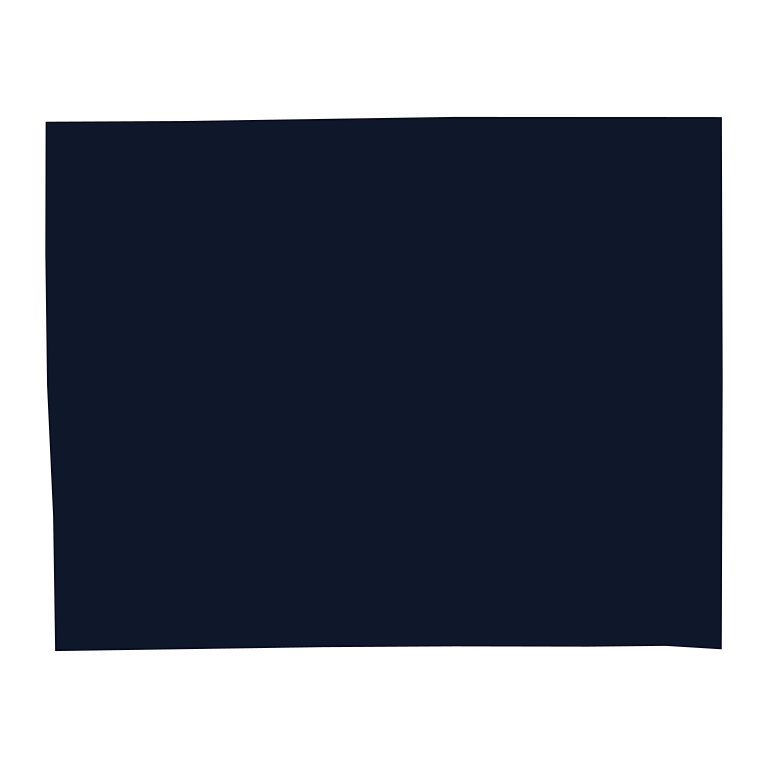 outline of Jackson, Michigan, United States of America
{"feature_id": "52423323B91147156706901", "entity_name": "Jackson", "entity_type": "district", "adm_level": 2, "iso_a3": "USA", "parent_name": "United States of America", "parent_adm1": "Michigan", "projection": "equal_earth", "projection_center": [-84.434, 42.248], "detail": "fine", "context": "isolated", "style": "filled", "palette": "ink", "viewbox_px": 768, "rotation_deg": 0, "n_neighbors": 0, "source": "geoboundaries", "source_scale": "gbopen_adm2", "svg_char_len": 319}
<svg xmlns="http://www.w3.org/2000/svg" viewBox="0 0 768 768"><path d="M182.0,121.8L46.4,122.5L46.1,253.1L47.8,385.0L53.9,516.7L55.9,650.3L322.6,646.4L454.6,645.6L587.8,645.9L665.8,645.1L721.0,648.5L721.9,380.0L721.1,117.9L710.1,117.8L452.7,117.7L182.0,121.8Z" fill="#0f172a" stroke="#020617" stroke-width="1.5"/></svg>